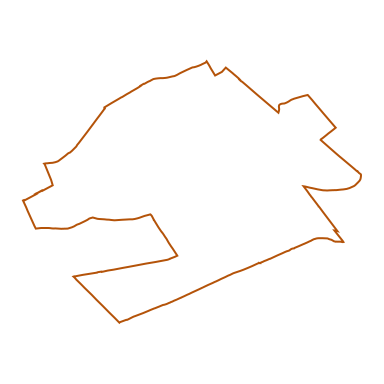 Oudewater, Utrecht, Netherlands (Natural Earth projection)
{"feature_id": "6326949B94693963978568", "entity_name": "Oudewater", "entity_type": "district", "adm_level": 2, "iso_a3": "NLD", "parent_name": "Netherlands", "parent_adm1": "Utrecht", "projection": "natural_earth1", "projection_center": [4.869, 52.025], "detail": "fine", "context": "isolated", "style": "outline", "palette": "amber", "viewbox_px": 384, "rotation_deg": 0, "n_neighbors": 0, "source": "geoboundaries", "source_scale": "gbopen_adm2", "svg_char_len": 5792}
<svg xmlns="http://www.w3.org/2000/svg" viewBox="0 0 384 384"><path d="M343.4,242.0L342.6,240.8L334.4,230.5L335.3,230.6L336.2,230.9L337.0,231.0L337.4,231.1L322.8,211.8L319.5,207.3L318.9,206.6L318.6,206.5L318.5,206.1L312.8,198.6L312.4,198.0L311.0,196.4L310.5,195.5L309.9,194.9L307.4,191.3L303.6,186.3L304.3,186.4L305.5,186.6L309.9,187.7L312.0,188.1L316.1,189.0L317.4,189.3L322.4,190.2L323.3,190.3L327.5,190.5L328.4,190.4L332.4,190.2L336.5,190.1L340.2,189.7L343.5,189.4L346.8,188.9L347.7,188.6L349.4,188.1L349.9,187.9L351.2,187.3L353.9,186.1L354.8,185.5L355.4,185.0L358.2,182.2L359.5,180.8L359.8,180.3L360.3,179.5L360.5,178.8L360.7,178.0L360.9,176.6L361.0,175.6L360.9,174.4L359.5,173.3L358.9,172.9L357.6,171.3L357.4,171.5L356.9,171.1L355.9,170.3L355.5,169.9L350.8,165.9L340.8,157.5L340.2,157.0L340.0,156.9L339.7,156.6L339.1,156.1L335.5,153.0L330.6,148.7L320.6,139.9L320.7,139.6L320.8,139.4L321.0,139.3L323.3,137.6L326.9,134.7L328.3,133.5L330.7,131.7L334.0,129.1L335.7,127.7L334.9,126.8L329.4,120.4L325.9,116.3L323.4,113.4L319.6,108.9L315.5,104.1L314.0,102.3L312.2,100.1L308.8,96.2L307.7,95.0L306.4,95.3L303.1,96.1L294.1,98.7L292.6,99.3L291.5,99.7L290.6,100.2L288.8,101.4L288.1,101.8L286.8,102.5L286.1,102.8L284.9,103.3L284.2,103.5L283.8,103.5L281.9,103.7L281.5,103.8L280.8,104.0L280.0,104.4L279.6,104.7L279.2,105.1L279.1,105.4L279.0,105.8L278.9,106.3L278.9,106.8L279.1,108.6L279.2,109.1L279.1,109.5L279.0,110.6L278.4,112.7L276.1,110.8L273.8,108.8L271.4,106.8L256.7,94.3L246.2,85.2L242.2,81.8L241.7,81.5L241.2,81.3L239.6,79.8L239.9,79.7L238.9,78.6L237.3,77.2L235.8,75.9L233.4,73.9L232.9,73.4L225.8,67.6L221.9,71.9L215.1,75.5L212.5,71.2L210.9,68.6L209.1,65.3L206.6,61.3L205.6,62.6L204.9,62.9L203.0,63.8L202.5,64.0L200.8,64.9L198.6,65.8L196.3,66.6L194.2,67.2L192.6,67.4L192.0,67.6L189.6,68.7L188.5,69.2L186.9,69.9L180.2,73.1L179.3,73.6L177.2,74.8L175.1,75.8L174.3,76.1L172.5,76.4L170.4,76.9L169.2,77.2L167.0,77.7L165.5,77.9L163.2,78.1L160.8,78.1L158.3,78.3L155.8,78.6L153.7,79.0L153.1,79.2L150.9,80.4L149.7,81.1L148.8,81.4L147.4,82.1L144.6,83.7L144.1,83.9L143.7,83.8L142.2,84.7L140.5,85.7L140.7,85.9L140.0,86.4L137.5,88.0L131.2,91.6L129.7,92.6L129.1,92.9L126.6,94.3L122.4,96.9L121.8,97.2L121.4,97.3L118.9,98.8L111.5,103.1L105.4,106.8L104.4,107.4L104.5,107.6L104.8,108.0L104.9,108.5L104.7,108.7L104.5,108.9L104.4,109.0L104.0,109.2L104.0,109.5L102.0,112.2L98.7,116.6L98.0,117.5L97.1,118.7L87.2,132.0L80.7,140.5L78.8,143.0L77.2,144.9L76.3,146.5L71.9,150.9L69.9,152.6L69.3,152.8L68.8,153.0L68.2,153.3L65.5,155.6L62.9,157.6L58.5,160.9L58.0,161.2L57.7,161.4L55.3,162.2L52.6,162.8L49.6,163.0L47.3,163.3L45.6,163.4L44.2,163.7L44.7,164.3L45.1,165.2L51.1,179.9L52.7,185.3L42.2,190.9L42.0,190.4L39.3,191.9L39.4,192.0L37.5,193.0L37.4,192.9L36.7,193.2L37.0,193.7L35.8,194.4L35.5,193.9L34.8,194.3L35.2,195.1L35.0,194.8L24.1,200.6L23.9,200.1L23.0,200.5L26.2,207.4L27.5,210.6L29.4,214.8L34.6,226.3L35.4,227.8L35.8,228.6L39.3,228.2L41.1,228.0L43.1,228.0L45.0,228.0L48.3,228.0L49.9,228.1L52.0,228.4L53.8,228.5L55.2,228.4L61.3,228.8L64.1,228.7L67.7,228.6L71.9,227.3L74.2,226.3L76.5,224.9L77.1,224.6L79.4,223.8L84.8,221.2L87.5,219.8L89.2,218.6L90.3,218.2L92.5,217.6L92.8,217.5L93.1,217.6L97.4,218.8L99.1,219.0L104.2,219.3L106.8,219.6L109.1,219.7L111.4,220.0L114.5,220.3L121.6,219.8L125.1,219.6L126.8,219.5L128.5,219.4L130.9,219.3L132.6,219.3L134.7,219.0L137.6,218.3L139.6,217.7L141.5,217.0L144.6,215.9L148.1,215.0L150.2,214.4L150.3,214.4L150.4,214.6L150.6,214.6L151.0,215.0L151.8,215.9L153.1,218.4L153.2,218.5L153.4,219.0L153.9,219.9L153.9,220.0L154.0,220.0L154.4,220.7L155.8,223.0L158.5,227.4L161.0,231.1L161.9,232.3L162.0,232.3L162.9,233.5L164.1,235.3L164.6,236.1L165.2,237.0L165.6,237.6L166.3,238.5L167.6,240.8L168.1,241.7L168.8,242.9L171.1,246.4L172.6,248.5L176.4,254.3L177.2,255.5L177.3,255.7L174.7,256.9L170.0,258.7L170.0,258.8L168.8,259.3L168.0,259.6L167.3,259.8L155.5,262.0L145.9,263.6L135.9,265.5L128.4,266.9L122.8,267.9L113.4,269.7L109.4,270.3L107.6,270.6L103.2,271.6L101.7,271.9L101.6,271.6L101.4,271.6L98.3,272.1L97.5,272.3L97.2,272.4L97.1,272.6L82.6,274.9L77.4,275.9L75.5,276.3L74.4,276.3L73.8,276.5L73.5,276.6L74.7,277.7L76.3,279.6L81.0,284.2L84.6,287.9L91.8,294.9L96.4,299.7L102.8,306.0L109.2,312.5L114.6,317.8L119.4,322.7L119.5,322.6L119.8,322.3L120.1,322.1L123.4,320.9L126.4,319.8L126.9,319.9L127.7,319.6L132.8,317.0L134.4,316.3L134.6,316.3L143.1,313.1L148.6,310.8L150.4,310.0L154.1,308.5L155.1,308.2L157.3,307.3L159.1,306.6L161.2,305.7L162.7,305.1L162.9,305.0L164.5,304.7L166.4,304.1L167.1,303.8L169.3,302.8L169.8,302.7L170.6,302.2L171.7,301.8L172.5,301.5L173.8,300.8L176.0,299.9L184.2,296.2L187.3,294.7L189.0,294.0L191.6,292.7L198.8,289.4L207.8,285.1L212.8,282.9L214.6,282.0L216.3,281.3L217.7,280.6L217.8,280.6L219.6,279.7L221.2,278.9L225.0,277.2L228.4,275.5L229.8,275.0L233.2,273.3L234.3,272.9L240.3,270.9L243.5,269.7L247.9,267.9L252.1,266.1L256.6,264.0L258.6,263.1L258.8,262.9L259.0,263.1L259.3,263.1L259.2,263.0L259.4,263.1L260.3,262.9L261.7,262.2L262.4,262.0L264.2,261.1L266.8,260.1L269.5,258.9L269.9,258.9L277.4,255.4L282.2,253.3L285.0,252.0L286.9,251.2L287.5,251.1L289.2,250.5L289.4,250.4L290.7,249.4L291.2,249.1L291.6,248.9L292.1,248.7L292.4,248.6L293.8,248.4L294.1,248.3L294.3,248.3L294.5,248.1L294.6,247.9L298.7,246.2L303.9,243.9L304.3,243.8L304.9,243.5L306.7,242.7L307.4,242.4L308.8,241.7L309.5,241.4L309.9,241.2L310.4,241.0L311.1,240.7L312.0,240.1L312.4,240.0L312.8,239.7L313.9,239.2L315.8,238.7L316.2,238.5L317.5,238.3L318.7,238.2L322.7,238.2L324.7,238.3L325.5,238.3L326.7,238.4L327.2,238.4L327.7,238.5L329.3,239.2L330.0,239.4L331.1,239.7L331.5,239.8L331.8,240.0L332.9,240.6L333.3,240.9L333.8,241.2L334.1,241.3L335.0,241.5L335.6,241.7L336.2,241.6L337.1,241.7L340.1,241.7L340.7,241.7L341.0,241.8L342.7,242.1L343.0,242.1L343.4,242.0Z" fill="none" stroke="#b45309" stroke-width="2"/></svg>